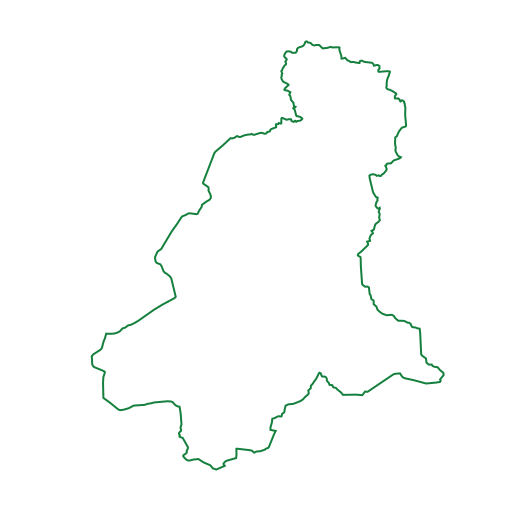 Dong Xuan, Phú Yên, Vietnam, rotated 84°
{"feature_id": "81297802B78420794750623", "entity_name": "Dong Xuan", "entity_type": "district", "adm_level": 2, "iso_a3": "VNM", "parent_name": "Vietnam", "parent_adm1": "Phú Yên", "projection": "natural_earth1", "projection_center": [108.875, 13.413], "detail": "fine", "context": "isolated", "style": "outline", "palette": "green", "viewbox_px": 512, "rotation_deg": 84, "n_neighbors": 0, "source": "geoboundaries", "source_scale": "gbopen_adm2", "svg_char_len": 6023}
<svg xmlns="http://www.w3.org/2000/svg" viewBox="0 0 512 512"><g transform="rotate(84 256 256)"><path d="M399.4,85.4L398.0,85.8L394.1,81.9L391.9,81.8L388.7,84.9L385.6,87.0L384.8,90.2L383.8,91.9L382.4,92.6L382.1,95.4L380.3,97.2L379.9,97.6L375.6,97.7L372.7,101.0L371.1,102.0L350.3,100.8L345.4,100.8L344.9,102.8L343.7,105.1L343.1,107.9L342.6,108.4L339.8,109.3L338.4,110.6L338.2,112.2L336.7,114.2L335.9,116.1L335.2,121.4L332.0,124.3L330.2,125.1L329.0,126.5L328.6,127.8L328.6,132.1L326.7,136.2L324.8,138.4L322.3,140.7L318.8,141.6L316.3,144.0L312.6,143.7L310.9,145.8L307.1,146.1L305.9,146.9L299.1,147.0L298.1,148.2L297.9,150.8L295.8,153.0L294.9,153.4L277.2,152.8L268.6,152.1L267.8,152.3L266.7,154.1L265.9,154.7L264.6,154.1L262.9,151.3L256.9,143.6L255.8,143.2L253.3,144.0L252.9,141.0L250.6,141.3L249.3,140.8L246.8,139.3L246.1,137.8L245.6,137.3L244.5,137.6L243.1,138.5L242.0,136.0L237.7,134.4L236.7,133.7L234.6,130.3L233.2,129.1L230.6,129.5L227.2,128.6L224.9,129.4L221.8,127.9L221.0,128.0L221.6,129.1L221.4,130.1L218.9,131.7L218.1,131.8L214.9,130.5L213.5,129.3L212.4,129.4L210.9,128.8L210.5,129.1L210.2,130.1L208.8,131.1L204.9,132.9L190.7,134.8L187.9,134.8L187.2,133.7L186.9,131.1L187.7,128.7L188.9,127.5L188.6,125.6L189.4,124.6L189.5,123.6L188.3,122.4L187.3,120.4L184.5,117.5L183.2,116.9L179.7,117.9L179.3,116.9L178.1,116.4L177.8,115.4L177.9,112.0L175.4,109.1L173.9,102.8L172.9,101.6L171.8,103.6L170.6,104.6L166.9,106.1L165.4,106.3L163.0,105.7L158.9,106.0L153.2,105.2L152.6,105.1L151.6,103.4L147.3,101.0L143.7,97.6L142.8,93.6L142.2,93.1L130.9,92.9L123.8,91.9L121.8,92.3L120.3,92.1L118.8,92.7L118.0,92.5L116.6,94.0L116.4,94.8L116.5,95.5L117.2,95.7L117.4,96.2L114.8,97.4L114.2,98.0L113.9,101.2L113.4,101.4L111.6,101.2L109.7,99.5L108.8,99.9L106.3,103.0L104.7,105.6L103.8,107.8L103.1,108.5L101.6,108.8L100.2,108.1L98.8,108.2L94.8,107.3L91.7,105.9L90.6,105.0L89.6,104.9L87.6,103.8L86.6,103.6L86.1,105.1L85.9,106.4L85.7,114.6L85.1,115.0L84.2,115.0L83.3,114.6L82.3,113.5L79.9,113.4L78.8,114.9L78.7,116.2L79.1,118.7L77.2,119.3L75.9,120.7L74.3,127.9L72.7,130.4L73.0,132.0L73.3,132.4L74.8,132.8L74.9,133.1L74.2,136.0L73.3,138.5L73.0,141.6L71.8,142.9L70.9,144.7L68.2,146.6L68.7,149.1L68.6,150.3L65.5,150.3L60.5,151.4L59.0,151.5L57.7,151.1L57.1,151.6L56.5,158.6L55.8,159.9L56.5,163.4L56.5,168.0L52.8,171.1L52.4,174.1L52.7,175.8L52.5,176.6L51.5,178.2L50.2,179.1L49.4,180.4L49.1,182.1L48.0,182.9L47.8,183.7L48.4,184.7L49.7,185.2L51.8,186.8L52.4,188.4L53.3,192.4L54.6,193.6L56.3,193.8L57.9,195.2L58.0,196.4L57.6,199.0L56.5,200.0L56.0,201.4L55.8,204.0L56.7,205.3L58.6,206.6L60.0,207.1L60.8,207.0L63.4,204.9L64.1,205.0L65.7,206.5L67.3,206.0L68.1,206.0L68.8,206.4L69.7,207.9L71.2,208.8L71.9,209.7L74.0,210.6L74.8,211.5L77.3,210.8L78.2,211.5L79.4,211.5L81.0,212.2L82.9,212.0L85.5,210.7L87.6,207.4L88.7,206.0L89.3,205.7L92.2,209.6L93.6,210.4L94.1,209.9L94.9,207.3L96.7,204.7L99.2,206.1L100.7,205.1L104.4,204.9L107.5,202.8L111.3,202.5L111.7,201.1L112.1,201.3L112.2,202.8L113.0,203.5L114.3,202.3L120.6,201.3L121.2,200.9L121.6,199.0L122.4,197.5L123.9,195.7L124.4,195.6L125.6,197.0L126.0,197.9L126.1,200.7L126.7,202.0L125.7,202.7L125.6,203.2L126.4,204.1L126.5,204.7L125.4,206.6L123.9,206.7L123.6,207.0L123.4,209.2L123.7,211.4L121.5,215.2L121.4,215.9L122.0,216.4L126.8,217.0L126.9,217.6L126.1,219.4L127.2,220.2L127.0,222.2L127.4,222.5L130.0,222.5L131.5,227.9L132.0,228.5L133.6,229.3L133.8,231.7L135.2,233.0L135.3,234.9L134.1,237.2L134.1,239.3L135.3,245.2L135.0,246.4L134.1,247.6L134.5,248.8L134.4,251.3L134.8,255.1L136.0,259.1L135.9,260.2L134.7,262.3L136.1,264.9L136.6,267.6L136.1,268.9L142.4,277.3L147.9,285.3L149.2,286.6L177.7,301.1L178.5,300.9L182.6,296.2L183.8,296.0L186.0,296.4L190.2,294.9L192.0,294.6L194.0,295.1L195.3,296.5L196.6,299.5L199.4,304.3L201.6,305.0L205.0,307.9L207.8,309.5L208.2,310.7L206.7,317.0L206.6,318.9L207.7,321.2L209.0,325.5L209.4,325.9L215.7,331.0L222.8,337.3L239.1,349.5L241.1,353.1L242.0,353.9L246.7,356.6L250.6,356.5L251.9,355.9L252.6,355.3L254.3,352.0L256.2,351.0L261.4,349.6L263.2,348.3L264.1,346.9L267.1,343.9L269.4,342.6L288.2,340.1L289.4,341.5L294.6,354.2L298.8,363.1L308.0,379.6L309.8,383.5L311.3,387.4L311.7,390.5L313.6,393.7L314.1,396.4L316.6,399.2L317.5,401.2L318.3,404.8L318.2,408.6L317.6,413.1L322.2,414.9L325.3,416.6L331.2,418.8L332.8,420.2L336.7,427.9L338.5,429.8L346.8,430.2L348.3,429.6L349.1,429.1L350.1,427.6L353.8,420.7L355.3,418.5L356.4,418.6L360.6,420.5L366.3,421.4L381.2,422.6L386.8,416.4L394.2,409.0L394.9,407.8L395.2,406.4L394.9,402.8L394.0,398.2L392.0,393.4L392.4,382.4L391.6,378.6L391.6,376.5L391.0,372.3L391.2,359.3L391.8,355.7L392.7,354.1L395.3,352.3L396.7,350.8L397.6,349.1L397.9,347.8L404.3,347.4L415.7,347.7L418.6,349.0L421.9,348.7L423.7,350.9L424.8,351.2L426.3,350.5L427.2,351.0L427.8,350.9L429.3,347.9L439.0,343.7L440.7,344.0L442.5,345.3L444.3,345.4L445.3,346.6L446.2,348.5L446.8,349.2L447.5,349.3L449.1,348.4L451.5,346.3L452.3,344.7L452.5,343.5L451.9,339.6L451.9,334.5L455.8,329.7L459.3,323.4L462.7,321.1L464.2,317.8L461.4,309.0L459.9,310.0L459.0,310.0L457.2,308.1L456.5,306.4L454.9,296.9L451.8,296.2L445.8,295.7L445.6,295.3L448.5,282.3L449.1,280.5L451.4,278.4L450.5,275.9L450.6,272.2L449.5,267.3L448.8,266.6L448.1,264.0L447.6,263.3L435.0,256.6L432.0,254.7L430.5,259.7L429.7,259.8L428.0,259.5L422.9,257.5L419.6,256.8L419.1,254.3L417.8,251.0L417.8,249.6L418.2,248.4L418.2,247.7L417.9,247.2L415.9,246.7L414.5,244.5L413.9,244.0L412.1,243.7L407.9,242.2L406.9,239.3L407.0,234.5L404.9,226.9L403.4,224.1L401.5,222.1L399.0,218.5L397.7,217.9L395.1,218.0L393.3,215.4L390.8,215.0L388.6,212.5L387.8,212.1L384.6,209.1L379.1,205.6L378.7,205.0L379.3,204.0L382.4,203.1L382.9,202.4L383.1,200.3L383.5,199.5L384.5,198.8L385.2,198.5L387.7,198.5L389.7,196.9L391.9,196.3L392.3,193.9L392.8,193.4L394.0,193.3L394.7,192.7L395.6,190.2L397.0,189.3L400.7,185.6L403.2,184.0L404.3,171.3L405.5,164.8L402.2,161.7L402.7,159.6L402.6,159.0L388.1,131.8L387.7,130.1L387.8,125.1L391.5,123.1L392.6,121.8L393.2,120.6L396.1,111.8L400.6,100.1L400.7,90.2L400.5,86.2L399.4,85.4Z" fill="none" stroke="#15803d" stroke-width="2"/></g></svg>